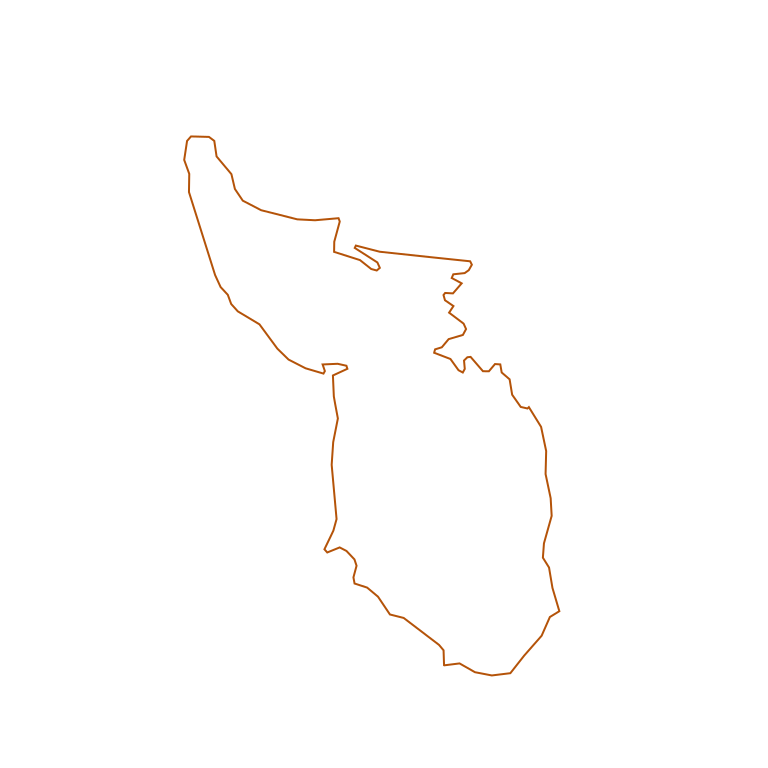 Ryongyon, Hwanghae-namdo, North Korea (Equal Earth projection), rotated 58°
{"feature_id": "82179303B51657859086197", "entity_name": "Ryongyon", "entity_type": "district", "adm_level": 2, "iso_a3": "PRK", "parent_name": "North Korea", "parent_adm1": "Hwanghae-namdo", "projection": "equal_earth", "projection_center": [124.917, 38.15], "detail": "fine", "context": "isolated", "style": "outline", "palette": "amber", "viewbox_px": 768, "rotation_deg": 58, "n_neighbors": 0, "source": "geoboundaries", "source_scale": "gbopen_adm2", "svg_char_len": 1671}
<svg xmlns="http://www.w3.org/2000/svg" viewBox="0 0 768 768"><g transform="rotate(58 384 384)"><path d="M480.4,273.4L480.8,275.3L475.9,280.2L461.0,281.0L446.6,275.0L436.6,278.1L429.0,275.0L425.9,279.3L428.8,288.3L425.6,293.3L406.9,296.2L405.5,299.1L406.5,303.7L414.0,307.5L416.0,311.1L411.8,313.5L398.0,314.4L384.1,324.9L383.4,324.2L381.7,322.3L383.5,315.5L380.2,305.4L384.2,291.1L380.9,285.3L375.0,284.5L358.0,291.0L354.7,283.8L345.3,287.9L340.1,286.4L339.2,283.9L343.7,277.5L339.8,264.8L330.0,270.4L327.7,267.1L332.7,256.8L332.4,251.8L329.4,246.3L325.6,245.9L301.5,276.8L269.6,317.5L251.7,334.5L253.1,336.7L277.4,325.2L283.3,326.0L283.9,330.0L279.7,333.9L266.2,338.7L245.5,356.3L237.0,350.8L223.4,336.1L222.7,335.4L219.3,334.7L208.6,355.7L198.4,370.3L171.5,396.1L153.7,406.6L139.6,407.1L125.2,402.2L102.3,405.4L87.9,399.1L81.7,401.5L74.0,413.1L71.8,416.5L73.5,422.2L88.1,434.7L102.6,437.8L117.9,447.7L202.1,469.5L215.2,471.2L225.6,469.2L235.2,471.2L243.1,469.8L244.9,469.5L267.4,458.0L297.5,455.7L312.7,452.0L329.1,442.2L343.1,429.8L341.7,427.3L334.9,425.7L342.3,412.6L348.6,406.2L351.7,407.0L349.7,422.8L367.9,433.1L374.8,435.9L388.8,441.4L406.4,457.9L424.8,471.2L473.4,495.8L481.5,504.6L484.7,509.6L492.6,522.1L496.8,521.4L499.1,508.2L505.7,504.3L517.1,502.0L523.6,503.6L531.8,512.4L537.6,514.7L547.7,506.2L561.2,501.8L582.6,501.1L592.8,491.3L634.4,475.6L641.4,474.6L654.3,482.1L654.5,482.0L661.0,468.0L676.6,459.6L688.3,447.0L696.2,430.1L688.6,409.0L681.0,383.7L669.5,366.8L669.6,355.7L646.2,349.2L627.1,341.3L615.5,341.3L603.9,332.8L584.7,311.7L569.2,303.2L546.0,294.7L526.8,282.0L503.6,273.5L480.4,273.4Z" fill="none" stroke="#b45309" stroke-width="2"/></g></svg>